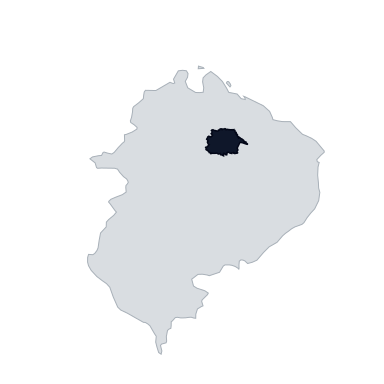 location of Phnum Kravanh, Pouthisat, Cambodia, rotated 142°
{"feature_id": "14789045B35445184191564", "entity_name": "Phnum Kravanh", "entity_type": "district", "adm_level": 2, "iso_a3": "KHM", "parent_name": "Cambodia", "parent_adm1": "Pouthisat", "projection": "orthographic", "projection_center": [103.822, 12.181], "detail": "fine", "context": "in_parent", "style": "filled", "palette": "ink", "viewbox_px": 384, "rotation_deg": 142, "n_neighbors": 0, "source": "geoboundaries", "source_scale": "gbopen_adm2", "svg_char_len": 7667}
<svg xmlns="http://www.w3.org/2000/svg" viewBox="0 0 384 384"><g transform="rotate(142 192 192)"><path d="M316.2,83.2L317.1,86.0L315.1,91.3L313.0,96.1L309.0,100.3L308.8,103.3L307.5,112.5L308.1,115.4L309.1,117.9L310.5,119.2L314.2,128.1L317.5,136.2L320.8,142.8L321.4,147.0L318.7,157.7L315.4,167.6L315.8,172.5L317.3,177.4L319.0,183.9L319.7,192.3L318.9,197.7L317.4,201.1L314.5,204.7L311.9,206.5L308.7,203.6L306.3,203.5L303.0,204.4L300.4,205.8L295.1,210.9L289.3,216.0L281.1,217.3L278.0,221.0L274.6,221.6L268.1,221.8L263.9,222.7L264.1,224.6L263.8,233.3L263.9,235.4L263.3,235.9L260.4,236.2L255.4,234.9L248.6,232.8L243.9,232.5L241.4,236.3L240.0,237.8L238.2,238.1L236.3,238.8L235.7,240.5L235.5,242.6L236.5,246.2L236.9,252.0L236.6,255.9L238.4,258.4L248.7,266.7L251.8,268.8L252.2,270.0L250.4,274.6L252.0,281.0L248.8,280.9L243.4,278.2L240.8,276.5L237.7,277.9L236.7,277.6L234.5,274.5L231.8,271.3L228.9,271.1L222.9,272.4L216.8,273.3L214.5,273.3L213.5,273.9L210.0,278.7L208.5,277.9L202.3,276.1L196.7,275.5L195.5,276.7L196.2,280.6L197.5,284.4L196.8,286.0L193.7,288.0L189.6,291.7L187.1,294.5L185.4,295.2L179.1,295.1L172.9,295.5L170.4,298.1L168.1,300.2L166.1,300.8L158.0,294.2L141.8,292.0L140.1,289.1L138.5,288.5L137.1,292.3L128.2,295.9L124.5,293.7L121.8,291.0L122.2,287.8L124.8,285.2L129.2,283.3L131.2,276.7L127.9,268.2L124.9,265.7L121.8,263.7L118.6,266.9L115.8,272.3L113.0,275.1L108.9,275.7L103.0,275.4L100.8,267.4L100.0,260.4L100.8,252.6L101.7,247.9L96.1,241.4L95.8,235.3L93.1,232.1L92.3,233.7L92.3,235.5L91.5,234.2L82.7,216.1L81.2,207.7L82.8,201.3L83.7,199.2L81.1,195.8L77.5,191.9L71.1,186.8L70.7,178.8L69.4,169.4L67.5,166.2L64.6,160.4L63.0,155.6L62.6,142.9L63.4,141.9L67.9,141.6L73.7,140.7L74.6,138.7L73.6,137.0L77.3,134.1L82.7,127.8L86.8,121.3L89.8,117.1L91.5,113.0L97.5,107.2L105.7,103.2L111.3,102.3L117.1,100.9L122.7,98.9L125.3,98.8L132.2,101.1L136.0,101.7L139.9,101.7L143.9,101.9L147.5,101.7L155.9,100.0L164.9,101.3L172.9,100.3L182.8,98.3L187.7,99.5L192.2,101.4L192.8,105.3L193.8,107.0L195.3,108.4L197.3,108.4L199.8,105.7L201.9,102.9L202.6,102.4L202.7,103.7L203.8,106.7L205.7,109.7L207.6,111.7L210.8,114.2L212.9,114.4L219.7,111.8L229.9,115.4L231.1,117.2L234.4,120.8L238.0,123.4L245.9,123.5L248.7,117.0L247.3,113.1L242.7,106.3L241.4,102.3L242.9,101.6L250.5,100.7L251.7,99.9L253.4,95.5L255.5,96.0L259.7,96.5L264.2,93.4L266.8,90.2L268.2,91.6L269.8,93.9L271.6,95.1L274.8,97.0L278.4,99.7L280.7,102.3L282.5,103.3L287.0,102.5L288.2,102.6L290.8,99.4L292.6,97.6L294.2,98.1L296.5,98.0L301.2,93.9L303.8,90.1L305.3,89.1L309.6,90.9L311.3,90.5L313.6,85.3L316.2,83.2ZM97.8,256.7L96.9,257.2L96.0,257.2L95.2,256.4L95.3,253.5L95.9,251.8L97.4,251.4L97.8,256.7ZM111.2,285.3L109.4,287.2L106.5,283.2L106.5,282.1L111.2,285.3Z" fill="#d9dde1" stroke="#a8b0b8" stroke-width="1"/><path d="M153.5,210.8L153.4,210.8L153.2,210.8L153.2,210.6L152.8,210.7L152.7,210.5L152.6,210.4L152.1,210.1L152.0,209.8L149.9,208.2L149.7,208.1L148.6,207.4L148.3,206.9L148.2,206.6L147.9,205.8L147.7,205.7L147.4,205.4L147.0,205.4L146.9,205.3L146.8,205.1L146.4,205.0L146.1,205.0L146.4,203.5L145.6,203.0L145.5,202.9L145.4,202.8L145.5,202.3L145.2,201.7L144.9,201.4L144.8,201.1L144.1,201.9L144.0,202.2L143.7,202.8L143.4,203.0L143.0,202.9L143.0,202.6L142.9,202.4L143.0,202.4L143.0,202.2L142.8,201.9L142.5,201.2L142.4,200.9L142.5,200.7L142.1,200.3L142.1,200.2L141.9,200.2L141.7,200.1L141.7,200.3L141.0,200.7L141.0,200.9L140.9,200.9L140.2,201.5L139.9,201.6L139.7,201.6L139.5,201.3L139.5,201.1L139.3,201.1L139.0,201.0L138.7,200.8L138.6,200.7L138.4,199.9L138.3,199.6L138.1,199.4L138.1,199.2L137.8,198.9L137.6,198.6L137.3,198.5L137.2,198.3L137.1,198.5L136.8,198.4L136.5,198.3L136.3,197.9L136.0,197.8L135.5,197.6L135.3,197.5L135.2,197.7L134.9,197.6L134.8,197.3L135.0,197.2L135.3,197.0L135.3,196.9L135.0,196.8L135.0,196.7L134.6,196.4L134.6,195.9L133.9,195.6L132.4,194.8L132.3,194.7L132.1,194.7L131.9,194.8L131.9,195.0L132.0,195.5L131.9,195.8L131.8,196.1L131.2,196.4L130.4,196.6L130.1,196.8L129.7,197.3L129.6,198.2L129.6,198.3L129.2,198.8L128.7,199.1L128.6,199.3L128.4,199.3L127.9,199.5L123.6,201.6L122.6,200.5L122.4,200.3L121.6,199.3L121.4,199.0L121.3,198.8L120.5,197.5L119.5,196.0L119.0,195.5L118.8,195.6L118.7,195.8L118.7,196.0L118.9,196.1L118.9,196.5L119.3,197.1L119.0,197.5L119.0,197.9L118.8,198.0L118.7,198.1L119.2,198.7L119.4,199.0L119.6,199.0L119.9,199.4L119.7,199.5L119.8,199.6L120.0,199.7L120.0,199.9L119.8,200.2L119.6,200.3L119.6,200.7L119.5,200.9L119.5,201.1L119.6,201.3L119.6,201.5L119.7,201.8L119.8,202.0L119.9,202.7L120.0,202.8L120.1,203.2L120.4,203.4L120.4,203.8L120.8,204.2L120.8,204.3L120.7,204.8L120.9,205.5L121.0,205.6L121.4,205.7L121.5,205.7L121.5,205.9L121.9,205.9L121.8,206.0L121.7,206.1L121.7,206.3L121.5,206.5L121.8,206.6L121.7,206.9L121.7,207.2L121.8,207.3L121.6,207.4L121.7,207.6L121.6,207.8L121.7,208.0L121.8,208.3L121.7,208.4L121.5,208.6L121.4,208.7L121.3,208.8L121.5,208.9L121.4,209.1L121.5,209.3L121.4,209.4L121.4,209.7L121.2,209.7L121.0,209.8L121.0,210.1L121.2,210.3L121.2,210.5L121.0,210.9L120.9,211.1L121.0,211.1L120.9,211.2L120.9,211.4L120.8,211.7L120.9,211.8L120.7,211.9L120.9,212.1L121.1,212.5L121.0,212.9L121.0,213.1L120.7,213.3L120.3,214.1L120.3,214.3L120.8,214.8L120.8,215.0L120.6,215.4L121.0,215.5L121.3,215.6L121.4,215.8L121.7,215.8L122.1,215.9L122.3,216.2L122.1,216.3L122.1,216.5L122.6,216.8L123.2,217.2L123.3,217.3L123.6,217.4L123.7,217.7L123.8,217.9L124.0,217.9L124.2,218.0L124.4,218.1L124.7,218.7L124.9,218.7L125.0,218.9L125.2,219.0L125.3,219.2L125.4,219.4L125.4,219.5L125.8,219.7L126.0,219.8L126.4,219.9L126.7,220.0L126.9,220.1L127.0,220.4L127.0,220.6L126.9,220.7L126.8,220.8L126.6,220.9L126.6,221.0L126.9,221.2L127.0,221.5L127.4,221.4L127.5,221.5L127.7,221.8L127.8,221.8L127.9,222.0L128.2,222.0L128.5,222.1L128.7,222.3L128.9,222.5L129.6,222.5L129.8,222.5L130.0,222.6L130.1,223.0L130.1,223.4L130.1,223.5L129.9,223.6L130.1,223.8L130.5,223.9L130.7,224.2L130.8,224.3L131.1,224.4L131.7,224.0L132.2,223.8L132.3,223.9L132.5,224.2L132.7,224.3L132.9,224.5L133.2,224.5L133.3,224.5L133.6,224.1L133.9,224.2L134.3,224.1L134.5,224.2L134.8,224.6L135.0,224.8L135.0,225.0L135.2,225.3L135.3,225.4L135.5,225.3L135.8,225.7L135.8,226.0L136.0,226.1L136.1,226.4L136.6,226.8L136.8,227.2L136.8,227.3L136.9,227.5L137.1,228.1L137.4,228.1L137.9,228.6L138.2,228.6L138.4,228.3L138.8,228.4L138.8,228.0L138.7,227.7L138.8,227.4L139.1,227.2L139.4,226.9L139.6,226.5L140.2,226.3L140.7,226.2L140.8,226.2L140.8,225.9L141.0,225.9L141.0,225.6L140.9,225.4L140.8,225.2L140.8,224.7L140.8,224.4L140.8,224.2L141.2,224.2L141.5,224.0L141.8,223.9L141.9,223.7L142.1,223.6L142.3,223.6L142.6,223.8L142.8,223.9L143.0,223.8L143.1,224.0L143.6,224.0L143.9,224.2L143.9,224.5L144.0,224.7L144.0,224.8L144.1,225.0L144.4,225.3L144.4,225.6L144.6,225.7L144.9,225.6L145.7,225.7L145.8,225.7L146.1,225.5L146.3,225.3L146.6,225.1L146.9,224.9L147.0,224.7L147.6,224.8L147.8,224.7L148.0,224.6L148.0,224.4L147.8,223.7L147.6,223.3L147.6,223.1L147.4,223.0L147.4,222.9L147.8,222.3L148.0,222.2L148.1,222.3L148.4,222.4L148.5,222.3L148.7,221.9L148.6,221.7L148.9,221.5L149.2,221.7L149.3,221.6L149.3,221.4L149.3,221.2L149.4,220.9L149.5,220.6L149.6,220.2L149.6,219.9L149.7,219.6L149.7,219.2L149.5,218.8L150.0,218.8L150.4,218.4L150.6,218.4L151.1,218.3L151.6,218.6L152.0,218.5L152.1,218.4L152.1,218.2L152.3,218.2L152.7,218.2L152.9,218.2L153.2,218.4L153.4,218.7L153.5,218.8L153.8,218.8L153.9,218.6L153.8,218.2L154.3,217.2L154.8,216.9L154.8,216.6L154.7,216.5L154.6,216.3L154.7,216.2L154.6,215.9L154.4,215.7L154.1,215.5L154.0,215.4L154.1,215.0L154.1,214.8L154.1,213.7L154.0,213.2L154.0,212.5L153.9,212.4L154.0,212.3L153.9,212.2L153.7,212.0L153.4,211.8L153.4,211.5L153.3,211.3L153.6,211.0L153.6,210.8L153.5,210.8Z" fill="#0f172a" stroke="#020617" stroke-width="1.5"/></g></svg>